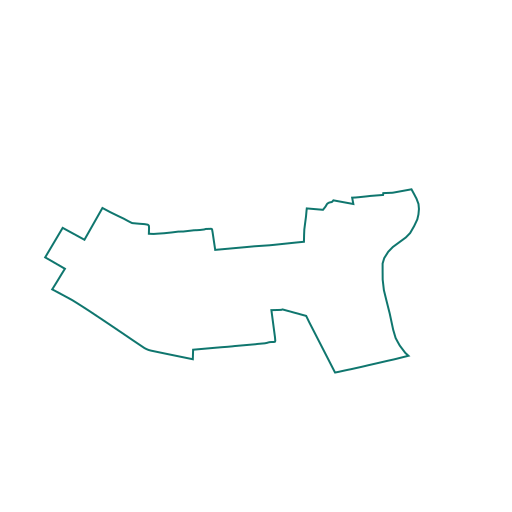 Curcani, Calarasi, Romania (Equal Earth projection), rotated 210°
{"feature_id": "2599482B73805615564390", "entity_name": "Curcani", "entity_type": "district", "adm_level": 2, "iso_a3": "ROU", "parent_name": "Romania", "parent_adm1": "Calarasi", "projection": "equal_earth", "projection_center": [26.604, 44.207], "detail": "fine", "context": "isolated", "style": "outline", "palette": "teal", "viewbox_px": 512, "rotation_deg": 210, "n_neighbors": 0, "source": "geoboundaries", "source_scale": "gbopen_adm2", "svg_char_len": 2099}
<svg xmlns="http://www.w3.org/2000/svg" viewBox="0 0 512 512"><g transform="rotate(210 256 256)"><path d="M154.7,391.5L162.0,385.3L169.3,379.1L177.2,374.1L176.5,372.4L187.0,365.2L190.2,362.8L196.4,358.3L199.1,356.4L201.9,354.6L197.7,349.7L209.2,345.6L216.8,342.9L217.1,341.3L217.4,340.6L218.8,339.4L219.6,338.5L220.3,337.2L220.5,336.3L220.5,333.6L220.9,330.8L221.1,329.5L235.8,322.6L234.9,320.5L232.4,315.1L229.5,308.1L227.4,303.1L225.0,298.5L221.6,292.3L227.9,287.8L245.8,274.8L249.7,272.0L262.1,263.7L269.7,258.3L294.4,240.9L305.5,254.9L307.3,257.0L307.6,257.2L308.5,257.1L313.0,254.3L314.1,253.1L317.4,250.6L320.1,248.8L322.7,247.2L323.6,246.5L331.4,240.7L332.8,239.9L335.6,238.2L340.7,234.3L346.9,229.8L352.3,226.2L355.7,223.9L359.9,221.7L362.6,226.7L363.5,228.1L363.9,228.6L364.6,228.9L365.2,229.0L365.7,228.9L368.4,227.9L373.6,225.4L379.0,222.9L379.7,222.6L380.5,222.5L384.5,222.3L389.2,222.2L395.4,221.7L404.1,221.1L413.0,220.8L412.8,195.6L412.7,184.3L437.5,183.7L437.9,149.4L415.1,149.4L415.3,143.6L415.5,134.4L415.8,125.2L404.3,125.6L392.9,125.9L386.8,125.7L373.9,125.1L349.0,123.5L319.8,121.4L306.6,120.5L304.5,120.6L302.1,120.9L299.8,121.5L292.8,123.8L284.0,126.7L259.1,135.0L263.6,143.4L245.5,156.1L239.9,160.0L235.3,163.1L230.8,166.3L229.8,167.1L212.5,179.2L212.2,179.4L211.0,180.4L208.0,182.5L204.7,184.8L202.9,186.4L202.1,187.3L201.0,188.3L199.5,189.3L197.8,190.3L196.8,191.1L196.8,191.5L196.9,192.2L199.0,195.2L208.3,207.3L215.6,216.8L208.9,220.9L207.2,222.0L206.3,223.0L182.6,229.2L176.7,225.2L141.5,202.5L129.3,194.6L129.0,194.8L128.0,195.7L126.5,197.0L125.1,198.3L121.5,201.6L119.5,203.4L117.2,205.4L112.2,210.0L109.9,212.1L106.9,214.9L104.6,217.1L94.8,226.2L89.9,230.8L85.5,234.8L84.0,236.2L80.3,239.8L74.1,245.8L75.8,246.2L78.2,246.7L86.7,250.3L90.4,252.5L94.1,254.8L100.4,260.8L111.5,273.1L121.4,283.3L128.2,290.4L134.5,298.9L138.9,306.4L142.6,312.8L143.9,318.3L143.6,325.8L142.0,332.2L135.5,347.0L134.0,352.9L134.0,361.0L134.6,368.3L136.1,373.2L138.4,378.2L141.3,382.3L145.8,386.0L147.6,387.1L149.3,388.2L154.7,391.5Z" fill="none" stroke="#0f766e" stroke-width="2"/></g></svg>